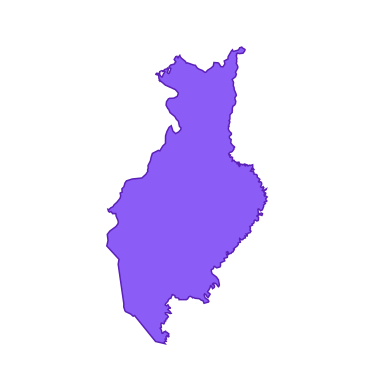 Poro, Savanes, Ivory Coast (Robinson projection), rotated 19°
{"feature_id": "98640826B2900878653745", "entity_name": "Poro", "entity_type": "district", "adm_level": 2, "iso_a3": "CIV", "parent_name": "Ivory Coast", "parent_adm1": "Savanes", "projection": "robinson", "projection_center": [-5.804, 9.476], "detail": "fine", "context": "isolated", "style": "filled", "palette": "violet", "viewbox_px": 384, "rotation_deg": 19, "n_neighbors": 0, "source": "geoboundaries", "source_scale": "gbopen_adm2", "svg_char_len": 6042}
<svg xmlns="http://www.w3.org/2000/svg" viewBox="0 0 384 384"><g transform="rotate(19 192 192)"><path d="M118.1,235.7L119.2,237.3L120.4,237.9L121.8,237.0L124.2,238.3L124.4,237.8L125.6,237.9L126.0,237.4L127.0,237.2L128.1,239.5L131.2,242.9L132.2,244.6L132.3,246.5L131.3,249.5L127.0,255.7L125.7,259.7L128.4,265.2L129.0,270.8L144.9,279.4L145.7,284.3L163.9,319.8L164.9,322.9L167.3,326.1L168.2,326.7L173.7,327.3L176.8,328.6L177.9,327.5L206.2,345.2L215.9,344.2L214.8,343.5L214.7,342.9L215.2,342.0L216.2,341.6L214.6,340.0L215.7,339.5L214.5,337.3L215.1,335.8L216.6,336.8L217.2,336.2L216.3,334.6L216.3,333.7L214.1,332.9L213.4,333.2L212.4,332.2L210.8,333.7L210.5,335.0L209.6,335.3L208.1,332.7L206.2,331.2L206.4,330.6L207.1,330.3L207.1,329.8L206.0,327.9L205.5,326.2L205.9,325.8L208.3,325.9L208.6,324.5L208.0,323.2L209.1,322.6L208.8,320.6L209.6,320.1L209.5,319.1L210.2,318.0L210.1,317.5L208.5,316.3L206.8,316.2L206.1,314.9L208.4,314.0L211.0,314.0L211.8,313.5L209.9,312.1L207.4,311.1L208.0,309.6L209.3,308.9L209.1,308.4L207.6,308.1L206.0,306.5L205.0,307.9L203.7,307.7L203.4,307.3L203.5,306.1L204.8,303.1L204.8,301.4L205.7,299.7L206.6,299.5L206.6,297.3L207.0,295.8L206.7,295.5L207.3,295.2L209.6,295.7L210.3,296.9L210.9,297.2L213.2,296.7L214.5,297.2L214.8,298.0L221.6,295.7L222.6,294.6L223.2,292.0L224.4,291.2L226.0,291.3L227.0,291.9L228.1,291.2L229.4,291.5L233.7,290.5L236.0,291.3L237.8,291.2L239.6,293.3L243.4,290.7L243.5,289.8L242.1,288.7L238.8,287.8L236.9,285.3L237.1,284.2L238.2,284.4L240.6,286.2L241.6,286.5L242.4,282.8L241.8,282.2L239.9,281.8L239.1,281.0L239.8,279.3L240.2,276.2L240.0,274.6L240.9,274.6L242.9,276.7L244.1,275.1L244.1,273.9L242.9,272.5L241.5,272.8L241.3,272.4L241.7,271.4L243.3,270.8L245.0,271.1L247.8,273.0L248.1,272.6L248.2,271.0L245.5,266.4L242.7,264.4L237.7,262.8L236.2,260.9L235.6,259.0L237.1,257.6L237.1,255.2L237.7,255.0L240.1,255.7L242.9,253.7L243.0,252.5L242.0,249.7L245.4,246.4L243.9,244.4L246.7,242.3L246.6,241.6L245.0,239.7L246.7,239.5L247.0,239.1L246.8,238.5L244.3,237.6L245.1,236.8L246.6,237.9L247.6,238.1L248.9,237.3L249.2,236.1L250.1,235.5L250.4,234.5L250.2,233.5L250.8,232.9L250.6,232.3L249.9,232.1L250.0,231.8L252.3,228.3L252.8,226.6L252.2,225.1L254.1,223.7L252.4,221.3L252.2,220.4L254.3,221.1L255.5,220.5L255.9,219.1L257.4,218.0L256.4,216.3L258.5,215.6L258.4,215.1L257.0,214.1L258.2,213.8L258.5,212.6L260.1,211.6L260.5,209.8L259.2,209.1L259.0,207.1L257.9,205.8L260.0,203.5L259.2,202.8L260.6,201.1L260.1,198.6L260.8,197.9L262.6,198.3L263.7,197.6L263.9,196.8L263.2,194.3L262.2,193.7L261.4,193.8L261.2,193.1L263.6,191.4L265.7,191.4L265.9,190.5L265.7,189.5L264.5,189.3L261.9,191.0L260.0,187.0L260.2,186.4L260.8,186.3L263.0,187.4L264.3,186.0L264.5,182.3L263.9,181.0L265.1,179.0L263.7,178.3L263.7,177.8L265.2,177.0L265.7,176.1L264.6,175.5L263.9,174.3L264.7,172.2L263.1,171.8L261.9,172.2L261.1,171.1L261.6,169.8L262.2,170.1L262.1,169.1L261.7,168.9L260.7,169.3L260.0,168.7L260.0,167.1L261.3,165.6L261.3,164.8L258.9,167.7L258.0,167.7L258.5,164.5L257.5,163.8L256.8,165.0L255.1,164.8L255.4,161.8L254.4,160.2L252.8,160.1L252.3,160.8L251.6,160.6L252.0,157.9L248.9,156.8L248.2,155.1L247.5,154.5L244.7,154.8L244.1,153.3L243.4,152.8L240.5,153.2L241.0,151.2L242.9,151.3L243.4,150.7L242.4,150.0L241.9,150.8L240.9,150.2L241.4,148.8L240.5,146.5L238.7,147.8L237.7,147.9L236.5,149.1L235.9,149.1L235.8,148.5L234.6,148.4L233.9,149.9L232.6,149.4L233.3,149.1L233.2,148.4L232.8,148.3L230.9,149.9L230.1,149.5L229.1,150.2L227.6,149.4L227.4,149.7L228.5,150.3L228.8,151.9L228.4,152.4L227.2,151.3L226.4,149.9L226.5,149.1L227.4,148.4L225.6,148.9L225.3,150.4L224.1,149.4L222.7,149.3L221.2,148.3L219.9,149.6L219.1,146.2L218.0,145.9L217.3,146.7L216.7,146.7L216.1,146.0L216.3,144.5L215.6,144.4L215.0,144.9L214.2,144.0L215.1,141.9L216.0,141.6L216.9,140.5L217.7,137.8L217.2,136.5L217.7,136.0L217.4,135.4L215.2,134.7L212.6,132.9L211.9,129.5L210.3,129.2L209.4,128.0L209.3,126.9L210.5,124.9L210.1,123.6L207.5,122.4L205.8,120.6L205.4,118.4L205.1,118.1L205.6,117.8L205.0,116.7L205.0,113.5L204.4,112.6L203.8,112.6L204.1,110.7L202.7,106.7L204.1,103.5L203.6,102.4L203.6,101.4L203.0,100.5L202.7,97.7L204.0,95.8L204.3,94.2L203.8,91.8L202.7,90.7L201.8,89.0L202.5,86.3L201.6,84.8L198.7,81.6L197.6,79.3L196.5,78.2L195.5,74.7L193.3,72.5L195.6,68.8L195.6,66.1L194.1,64.6L194.9,59.8L194.4,58.4L191.9,55.8L191.9,54.1L191.1,52.7L191.1,51.4L189.4,48.6L189.7,47.7L189.1,47.0L189.8,45.9L191.8,45.7L195.0,44.2L195.8,41.7L195.9,40.3L195.5,39.9L192.8,39.4L191.9,38.8L190.2,40.0L189.8,42.1L189.1,43.1L185.7,45.4L184.7,45.3L184.0,44.4L183.4,45.6L182.1,52.2L182.7,54.5L179.8,57.6L181.4,60.2L180.6,63.4L178.6,64.1L175.3,61.5L174.4,61.4L170.6,62.4L171.1,66.0L169.5,68.8L167.0,71.9L166.3,73.9L165.3,74.7L162.2,73.7L158.1,73.5L156.3,72.9L154.0,71.1L152.4,71.4L145.6,71.4L144.6,72.0L143.3,70.7L138.6,69.0L136.9,68.0L136.0,66.8L135.4,68.3L135.3,69.6L134.9,69.7L133.6,68.6L132.6,69.3L132.0,72.5L134.3,74.2L133.8,75.4L133.9,76.2L133.4,76.9L130.5,78.9L129.7,80.7L129.6,81.5L130.2,82.2L131.4,81.8L131.9,82.2L131.8,86.7L131.5,87.6L130.7,87.6L129.7,86.9L129.9,85.5L129.6,83.5L128.5,82.8L128.1,83.8L126.3,85.0L125.6,86.6L124.3,87.2L124.6,87.8L126.1,86.9L127.3,87.1L126.6,89.6L126.4,92.9L125.5,93.1L123.4,91.7L122.5,89.6L122.7,88.3L122.4,88.6L122.2,90.7L121.2,91.6L120.2,91.0L119.6,91.8L119.5,92.5L119.8,92.6L121.7,92.4L122.5,92.7L123.9,95.6L124.9,96.4L124.6,97.0L125.8,97.8L126.3,97.3L132.0,99.6L142.9,100.6L146.5,102.6L147.0,103.5L146.9,106.4L144.2,109.2L140.2,110.8L139.4,111.6L138.5,114.9L139.2,118.3L142.0,121.0L143.0,121.4L145.4,124.1L151.2,126.2L153.4,128.2L156.1,129.6L158.8,134.1L160.7,134.9L161.1,136.6L159.8,139.6L157.5,142.1L154.2,140.7L150.8,136.1L149.3,138.3L148.6,142.9L148.7,147.5L151.1,154.8L149.4,158.0L148.2,163.6L146.6,163.6L142.0,168.4L142.0,171.6L142.5,176.3L141.8,181.4L142.8,183.6L142.8,185.6L143.5,186.7L142.7,190.2L140.0,195.1L131.2,199.2L126.4,202.8L125.7,205.3L125.9,209.2L124.7,211.8L126.0,214.9L124.4,216.4L125.9,219.0L126.0,221.5L124.3,226.2L122.6,229.3L122.0,231.7L120.2,233.6L119.4,235.6L118.1,235.7Z" fill="#8b5cf6" stroke="#5b21b6" stroke-width="1.5"/></g></svg>